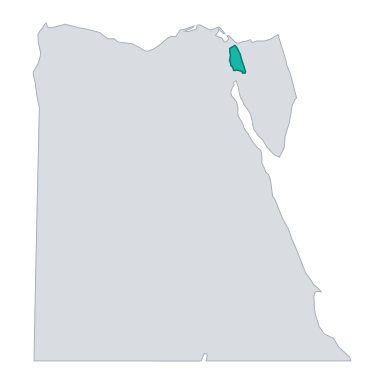 Qantara Sharq, al-, Al Isma`iliyah, Egypt (highlighted)
{"feature_id": "37247803B91574784842387", "entity_name": "Qantara Sharq, al-", "entity_type": "district", "adm_level": 2, "iso_a3": "EGY", "parent_name": "Egypt", "parent_adm1": "Al Isma`iliyah", "projection": "equal_earth", "projection_center": [32.447, 30.598], "detail": "fine", "context": "in_parent", "style": "filled", "palette": "teal", "viewbox_px": 384, "rotation_deg": 0, "n_neighbors": 0, "source": "geoboundaries", "source_scale": "gbopen_adm2", "svg_char_len": 3988}
<svg xmlns="http://www.w3.org/2000/svg" viewBox="0 0 384 384"><path d="M350.8,360.9L342.1,360.9L333.4,360.9L324.6,360.9L315.9,360.9L307.1,360.9L298.4,360.9L289.6,360.9L280.9,360.9L272.2,360.9L263.4,360.9L254.7,360.9L245.9,360.9L237.2,360.9L228.5,360.9L219.7,360.9L211.0,360.9L206.0,360.9L206.8,357.8L207.4,355.5L206.8,353.9L205.1,353.5L204.0,354.0L201.3,360.7L200.0,361.0L196.9,361.0L186.7,361.0L176.5,361.0L166.3,361.0L156.2,361.0L146.0,360.9L135.8,360.9L125.6,360.9L115.4,360.9L105.3,360.9L95.1,360.9L84.9,360.9L74.7,360.9L64.5,360.9L54.4,360.9L44.2,360.9L34.0,360.9L34.2,352.9L34.3,344.9L34.5,336.9L34.6,328.9L34.8,320.9L34.9,312.9L35.1,304.9L35.2,296.9L35.4,289.0L35.5,281.0L35.7,273.1L35.9,265.1L36.0,257.2L36.2,249.3L36.4,241.3L36.5,233.4L36.7,225.5L36.9,217.6L37.0,209.8L37.2,201.9L37.4,194.0L37.6,186.1L37.7,178.3L37.9,170.4L38.1,162.6L38.3,154.8L38.5,147.0L38.7,139.2L38.8,131.4L39.0,123.6L39.2,115.8L39.4,108.0L39.2,106.6L37.9,101.3L36.8,94.6L35.6,86.4L35.5,83.7L33.3,75.2L33.2,72.8L33.8,71.1L37.9,64.0L39.1,60.6L40.2,56.4L40.7,53.1L39.6,47.9L38.4,43.3L38.1,38.6L38.0,34.0L40.1,30.8L42.6,27.9L43.5,26.0L45.0,24.0L46.0,23.0L47.8,27.2L51.8,27.9L65.0,24.2L79.4,27.9L87.3,29.3L99.6,32.5L106.9,38.1L109.0,38.9L114.4,38.8L117.9,42.1L131.9,43.7L139.4,47.4L143.6,50.3L146.1,51.2L148.4,51.1L151.5,50.0L155.3,47.9L159.6,45.0L168.3,37.6L171.4,36.3L173.4,36.7L175.8,36.6L176.9,34.6L178.2,33.2L179.0,31.7L180.3,29.8L184.8,29.3L193.9,26.0L192.9,27.6L184.6,31.2L188.1,31.6L191.8,30.4L195.9,29.6L196.6,28.1L197.2,25.2L198.0,24.8L200.8,25.3L209.3,29.8L211.4,29.8L217.4,27.4L218.7,26.9L220.6,28.3L225.0,33.8L223.4,33.6L218.7,28.9L218.3,31.3L215.6,35.4L219.0,37.2L221.7,37.9L223.2,40.2L224.1,42.2L226.8,41.4L228.7,38.6L227.7,37.0L227.0,35.4L227.9,35.3L229.8,36.7L235.2,42.0L237.0,43.1L239.1,42.9L243.4,41.4L244.6,41.6L250.5,39.7L251.2,41.1L252.2,42.5L256.9,40.9L264.3,41.0L270.3,39.2L277.3,35.0L277.9,34.4L278.3,35.4L279.1,38.3L281.3,45.6L283.2,51.3L285.6,59.3L286.3,62.3L286.6,64.4L290.0,73.2L292.1,80.4L293.5,86.2L295.7,94.8L296.6,97.8L295.1,99.4L292.3,104.9L289.3,122.7L285.0,136.6L284.5,145.3L283.8,148.5L281.7,152.9L279.2,157.2L274.6,155.0L267.2,147.4L262.8,140.1L258.2,135.5L253.8,129.3L252.6,124.8L252.6,122.0L250.7,115.1L249.3,111.8L243.9,104.4L242.4,100.5L241.2,98.7L240.1,96.3L238.1,86.7L236.0,80.7L233.6,82.3L234.1,84.9L232.0,88.4L230.7,92.5L231.7,95.8L236.0,100.9L236.9,103.2L237.9,108.0L237.8,114.6L238.5,116.8L241.7,121.7L242.9,124.6L243.6,127.1L244.7,129.4L247.9,133.6L252.6,141.8L257.1,147.3L260.3,149.9L261.6,152.6L262.0,159.4L261.7,162.7L264.6,168.9L265.6,172.0L268.4,174.5L269.6,177.4L270.8,182.2L272.6,196.2L275.0,199.6L282.4,218.1L288.7,229.8L291.7,238.6L296.4,249.3L305.5,272.7L310.9,280.0L313.1,284.1L317.0,287.2L321.3,291.8L317.3,291.3L316.2,291.6L314.9,292.4L314.2,295.2L313.9,297.4L314.5,309.4L315.7,315.5L319.3,327.0L322.0,330.5L323.3,332.7L325.1,334.4L333.5,338.3L338.5,346.7L349.7,357.3L350.8,360.2L350.8,360.9Z" fill="#d9dde1" stroke="#a8b0b8" stroke-width="1"/><path d="M242.4,73.1L245.3,73.0L245.5,71.6L245.1,70.5L244.3,67.6L241.6,59.6L240.1,53.9L239.1,52.0L236.9,47.7L235.0,45.4L234.8,45.4L234.3,45.8L234.2,45.8L232.8,46.7L231.5,47.4L231.3,47.6L229.8,48.4L229.7,48.5L229.7,48.8L229.7,49.0L229.8,49.1L229.9,49.9L229.8,50.6L229.8,51.9L230.0,53.2L230.2,54.2L230.4,54.8L230.5,55.6L230.2,57.0L230.1,57.8L229.9,58.5L229.7,59.6L229.7,59.8L229.8,59.7L230.0,59.5L230.0,59.8L229.9,60.0L229.7,60.2L229.6,60.4L229.5,60.8L229.6,61.1L230.0,61.6L230.3,62.1L230.4,62.7L230.5,63.1L230.6,63.6L230.6,64.0L230.7,64.4L230.8,65.5L231.1,65.6L231.4,65.6L231.4,65.8L231.2,65.8L231.3,66.0L231.5,66.1L231.8,66.1L232.0,66.2L232.1,66.4L232.2,66.8L232.3,67.1L232.6,67.3L232.8,67.5L233.0,67.8L233.1,68.3L233.3,68.8L233.3,69.3L233.3,69.7L233.4,69.9L233.5,70.2L233.6,70.3L233.9,70.4L234.0,70.4L233.9,70.3L234.0,70.2L234.2,70.3L234.5,70.4L234.8,70.3L235.1,70.4L235.2,70.5L236.0,70.0L236.1,69.9L241.9,71.3L242.2,72.6L242.4,73.1L242.4,73.1Z" fill="#14b8a6" stroke="#0f766e" stroke-width="1.5"/></svg>